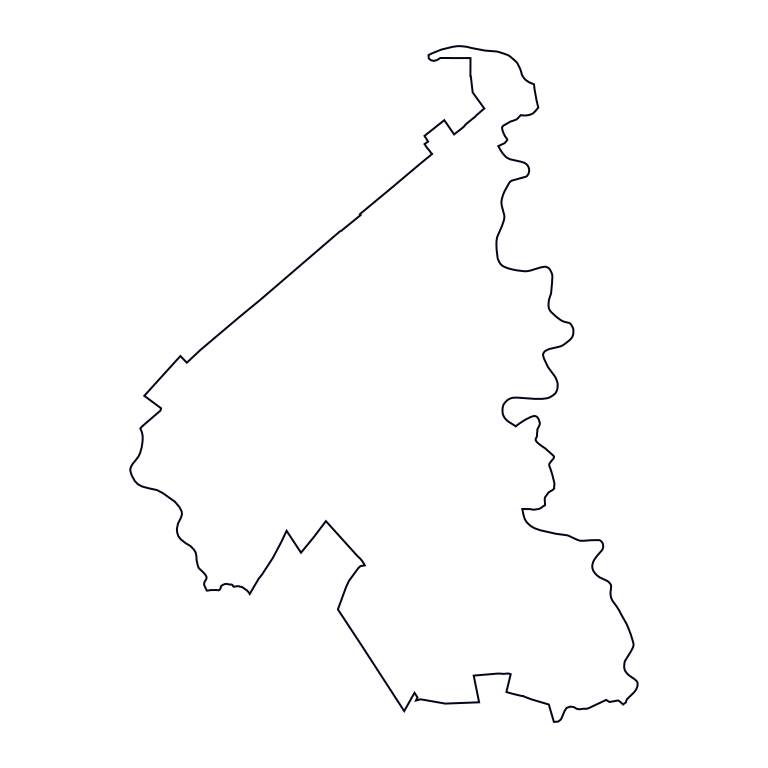 Fantanele, Suceava, Romania (Albers equal-area conic projection)
{"feature_id": "2599482B49541519144713", "entity_name": "Fantanele", "entity_type": "district", "adm_level": 2, "iso_a3": "ROU", "parent_name": "Romania", "parent_adm1": "Suceava", "projection": "albers", "projection_center": [26.534, 47.602], "detail": "fine", "context": "isolated", "style": "outline", "palette": "ink", "viewbox_px": 768, "rotation_deg": 0, "n_neighbors": 0, "source": "geoboundaries", "source_scale": "gbopen_adm2", "svg_char_len": 6078}
<svg xmlns="http://www.w3.org/2000/svg" viewBox="0 0 768 768"><path d="M625.9,702.4L626.3,700.7L627.2,699.0L634.1,692.3L636.0,689.7L636.9,687.8L637.5,686.0L637.6,684.5L637.6,683.1L637.4,682.4L636.6,681.1L635.1,679.6L628.7,675.1L627.6,674.1L625.6,671.6L625.0,670.6L624.3,668.3L624.2,667.3L624.2,665.6L624.5,662.8L624.9,661.1L630.5,652.1L632.9,647.6L633.3,646.2L633.6,644.8L633.5,643.7L632.7,640.7L631.0,635.1L628.3,627.9L626.4,623.6L621.9,615.7L618.9,610.0L616.3,606.0L612.9,601.4L612.0,599.8L611.1,597.7L610.6,595.3L610.5,593.0L610.6,591.5L611.1,587.5L611.1,585.9L611.0,585.3L610.3,583.8L609.0,582.3L607.4,581.0L599.9,577.5L597.4,575.7L596.0,574.4L594.4,572.5L593.4,571.0L592.5,568.5L592.3,567.1L592.3,565.1L592.7,563.6L593.2,561.9L594.3,559.7L596.7,556.3L602.0,550.2L602.5,549.4L603.2,547.2L603.2,546.5L603.0,544.5L602.8,543.6L601.8,541.9L601.0,541.1L599.8,540.3L598.9,540.1L591.4,540.2L583.1,540.8L580.0,540.7L577.2,539.8L568.7,535.8L567.3,535.3L556.0,533.8L540.1,530.2L534.5,528.2L532.4,527.0L530.7,526.0L526.9,522.5L525.0,519.5L524.3,517.8L523.3,514.1L522.3,509.0L530.4,509.1L532.1,509.6L535.2,509.6L539.4,508.8L541.1,507.9L543.5,506.0L544.7,505.5L545.1,505.1L544.7,498.8L544.8,498.2L545.1,497.2L548.7,492.3L552.3,490.2L553.7,489.1L554.2,488.3L554.1,486.1L554.5,484.6L554.2,482.3L552.3,474.7L550.7,469.5L549.4,466.1L549.2,465.2L549.2,464.2L549.3,463.9L550.9,461.6L553.2,458.9L553.9,457.6L554.0,457.3L554.0,456.6L553.4,455.7L545.2,448.4L542.4,446.5L538.6,443.7L536.7,441.9L535.6,440.0L535.7,439.0L536.7,436.9L537.0,435.8L537.1,434.8L537.0,433.3L537.4,431.2L537.3,430.2L537.3,429.6L537.9,428.5L539.5,425.1L539.9,423.5L539.9,423.1L538.6,419.1L538.0,418.1L537.1,417.0L535.7,416.2L534.2,415.9L530.9,416.9L525.1,419.8L519.4,423.5L515.6,426.4L514.6,425.5L508.5,421.7L506.1,419.7L504.3,417.4L503.3,415.4L502.9,414.3L502.6,412.7L502.5,409.8L502.6,408.1L503.2,405.5L503.9,404.0L505.6,401.9L506.9,400.6L508.1,399.6L511.2,398.1L513.4,397.7L517.0,397.6L535.0,398.9L541.8,398.9L543.8,398.7L547.4,398.2L549.9,397.3L553.1,395.3L555.1,393.6L555.8,392.7L556.6,391.1L557.4,388.9L557.7,384.6L557.6,383.2L557.1,381.5L555.9,378.3L555.2,376.9L548.0,367.1L544.4,359.5L543.6,357.3L543.2,355.9L543.1,354.9L543.1,354.1L543.6,353.0L544.4,351.8L545.1,351.1L547.2,349.9L549.4,349.0L560.2,346.5L563.1,345.1L565.5,343.4L569.8,340.0L571.6,338.0L572.3,336.9L572.7,335.8L573.2,334.1L573.4,332.6L573.4,330.1L573.1,328.2L571.3,324.8L570.3,323.6L569.1,322.9L564.7,321.9L563.3,321.4L561.7,320.7L559.2,319.0L556.2,316.7L551.5,312.4L550.4,311.1L549.1,308.9L548.8,307.7L548.5,306.0L548.6,302.7L549.0,299.8L549.8,297.1L550.7,294.6L551.1,293.1L552.0,283.4L552.4,276.1L552.2,274.6L551.4,272.3L550.0,269.6L548.9,268.3L547.4,267.3L545.9,266.8L544.9,266.7L540.7,267.4L529.9,270.7L527.6,271.1L524.6,271.3L516.5,270.3L512.0,269.4L507.4,268.1L504.3,266.8L502.9,266.1L501.0,264.6L499.5,262.5L497.9,259.1L497.6,257.9L496.6,249.6L496.4,244.2L496.5,241.2L497.0,237.7L497.6,236.0L501.9,226.2L504.0,220.0L504.4,217.3L504.3,215.4L501.8,205.9L501.5,203.7L501.4,202.2L501.8,199.3L502.9,195.3L504.0,192.5L505.0,190.4L509.4,182.6L510.4,181.5L511.3,180.9L512.6,180.4L526.2,176.6L527.1,175.9L528.3,174.2L528.9,172.4L529.2,170.8L529.0,168.7L528.5,167.0L527.6,165.5L526.8,164.5L525.4,163.4L524.1,162.7L520.9,161.7L510.2,159.3L507.4,158.0L506.2,157.2L504.4,155.4L502.1,152.6L500.4,149.9L498.3,146.1L504.7,143.1L507.3,140.0L507.1,139.1L504.9,136.0L503.1,132.2L502.2,129.2L502.0,127.4L503.4,125.6L507.8,123.1L510.8,121.4L513.3,120.7L516.8,119.3L520.8,115.1L523.7,115.5L526.7,115.4L529.1,115.0L532.6,113.7L534.9,111.6L538.3,107.6L536.5,100.2L534.5,89.0L534.0,84.3L530.2,82.8L528.2,81.7L525.6,79.9L524.1,78.3L522.3,75.6L521.8,74.6L521.5,73.0L520.6,70.0L519.9,68.3L517.4,63.3L516.3,61.9L514.0,59.8L509.5,56.0L507.6,55.0L503.5,53.5L497.8,51.7L495.5,51.4L485.2,50.6L472.0,48.1L466.8,46.8L461.2,46.2L457.9,46.1L452.8,46.8L441.3,49.6L431.9,53.4L428.5,55.1L428.8,58.5L431.1,60.3L433.9,60.9L437.1,60.0L440.3,58.0L470.5,58.1L470.4,76.1L470.8,76.2L472.7,92.5L484.3,108.5L476.4,115.3L474.9,117.0L472.6,118.7L467.0,123.3L464.8,125.3L464.4,126.2L462.7,127.7L454.1,134.4L444.3,120.2L424.5,135.9L428.1,141.6L424.5,144.1L426.9,147.6L430.1,151.5L430.9,152.8L432.1,153.8L432.0,154.1L420.0,163.9L393.0,186.7L360.9,213.3L359.9,214.2L360.6,215.1L341.0,231.0L340.0,231.3L260.1,300.0L240.1,316.4L200.6,349.8L186.8,362.7L180.4,356.0L144.3,395.8L161.1,408.3L160.6,410.3L160.1,410.9L142.7,425.9L140.3,428.4L141.8,431.9L142.6,435.5L142.7,439.1L142.5,441.9L141.7,447.4L140.1,453.0L138.6,456.3L135.3,460.7L132.8,463.7L131.3,466.2L130.4,468.5L130.4,471.2L131.8,475.6L134.9,481.2L138.0,484.3L142.1,486.5L148.0,488.1L157.1,490.1L163.1,493.3L175.1,501.9L179.4,507.1L181.6,511.3L182.0,514.1L181.0,517.6L178.0,523.6L176.9,528.8L177.2,532.7L178.4,536.2L180.6,539.2L185.4,543.0L190.4,546.0L194.0,549.7L195.7,552.6L196.4,555.9L196.6,560.2L197.8,565.6L198.7,568.0L203.5,572.6L205.6,575.1L206.5,577.0L206.5,578.5L205.8,580.0L204.9,581.2L204.3,582.7L204.1,583.7L204.3,585.4L206.8,590.6L209.1,590.4L210.6,590.1L216.0,590.0L218.5,590.3L219.4,590.0L220.2,589.1L220.7,587.9L220.8,586.9L221.0,586.3L221.6,585.7L223.3,584.7L224.7,584.1L226.1,583.9L227.3,584.0L229.4,584.5L231.5,584.5L232.5,585.0L233.3,586.5L233.6,586.7L234.1,586.8L235.3,586.4L237.9,586.2L239.4,586.4L240.7,586.9L241.7,586.8L246.9,590.4L248.5,592.1L249.7,594.0L257.7,580.4L258.1,579.5L261.9,574.7L272.8,558.0L281.3,542.0L286.6,530.8L301.0,552.7L314.0,536.9L325.9,521.1L357.3,555.9L360.5,558.9L362.7,561.7L364.8,565.4L360.5,566.1L358.4,568.0L349.0,580.8L346.1,587.0L337.9,609.4L362.1,646.2L404.2,711.1L414.5,692.8L417.5,697.5L416.0,700.5L420.6,699.3L445.3,703.6L479.1,702.3L473.7,675.6L497.4,673.6L500.7,673.6L502.8,673.9L508.6,673.5L510.7,674.2L506.4,692.0L512.6,693.8L522.3,696.1L523.3,696.0L524.4,696.7L531.9,699.5L548.8,704.5L553.9,721.9L558.2,721.6L561.0,719.4L564.7,710.8L566.7,707.8L570.7,706.6L574.0,707.2L576.9,708.9L579.8,709.3L583.6,708.7L586.5,708.8L588.6,708.2L606.2,699.9L608.6,701.5L609.7,702.0L617.8,700.5L619.2,701.0L623.2,704.5L624.0,703.7L625.9,702.4Z" fill="none" stroke="#020617" stroke-width="2"/></svg>